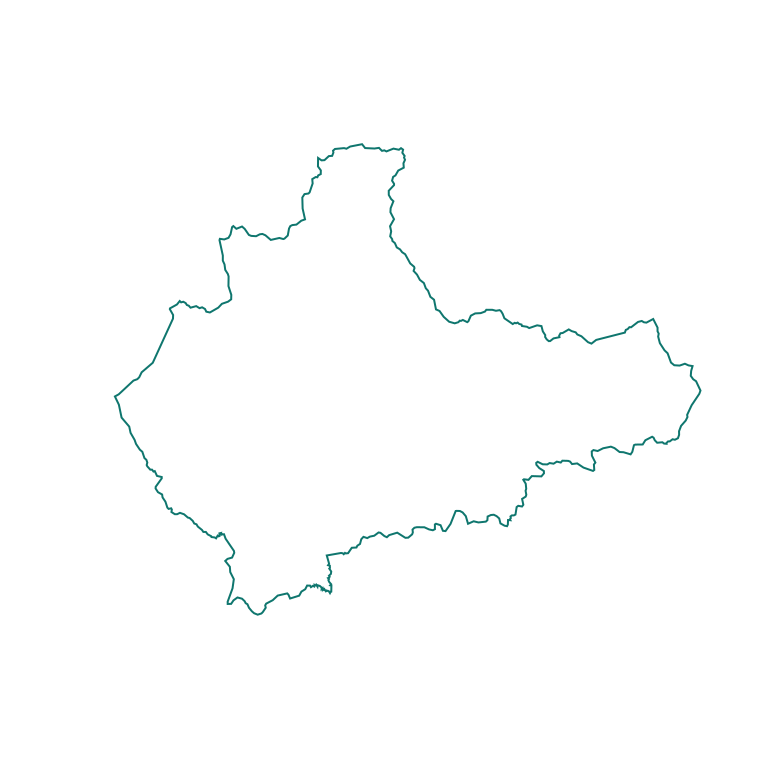 Phanom, Surat Thani, Thailand (Robinson projection), rotated 143°
{"feature_id": "78962969B14493078239270", "entity_name": "Phanom", "entity_type": "district", "adm_level": 2, "iso_a3": "THA", "parent_name": "Thailand", "parent_adm1": "Surat Thani", "projection": "robinson", "projection_center": [98.753, 8.805], "detail": "fine", "context": "isolated", "style": "outline", "palette": "teal", "viewbox_px": 768, "rotation_deg": 143, "n_neighbors": 0, "source": "geoboundaries", "source_scale": "gbopen_adm2", "svg_char_len": 6166}
<svg xmlns="http://www.w3.org/2000/svg" viewBox="0 0 768 768"><g transform="rotate(143 384 384)"><path d="M194.3,166.2L193.9,166.9L191.7,167.2L190.3,166.2L186.8,166.2L185.2,164.4L181.9,163.8L178.9,165.8L176.8,168.7L171.9,171.8L165.1,173.2L161.5,175.0L160.5,176.9L151.1,181.9L138.1,186.4L135.2,188.3L133.1,198.4L134.2,201.7L134.1,205.9L130.8,209.6L126.8,212.6L129.6,215.6L131.5,219.1L136.8,220.8L140.9,224.3L141.9,228.4L139.0,237.9L139.7,242.0L139.1,250.6L136.5,256.9L134.3,258.9L133.8,261.5L131.6,264.4L129.9,273.9L137.5,275.1L139.3,276.9L140.2,279.2L143.8,280.7L152.5,280.6L153.8,281.7L156.4,281.2L158.3,281.7L160.7,280.1L188.0,291.5L194.0,291.4L195.9,294.6L197.6,303.3L199.8,307.2L199.8,309.9L202.3,313.3L203.6,316.4L210.6,317.2L212.5,318.3L215.0,317.2L215.7,315.8L221.2,318.4L225.5,318.3L226.6,319.1L227.2,321.7L227.0,324.6L225.8,326.0L225.5,330.4L223.4,335.5L226.4,338.7L234.4,341.3L235.4,343.7L238.9,347.3L238.4,348.7L239.9,350.6L240.3,352.6L242.0,353.0L242.8,354.2L245.1,354.4L248.3,364.0L247.0,368.7L246.7,371.7L247.2,373.4L250.5,375.1L252.8,378.0L257.6,381.7L259.8,381.1L264.1,382.4L268.7,385.5L273.5,386.3L278.9,383.3L280.3,383.3L282.5,387.7L284.6,388.1L285.4,389.0L287.4,388.6L291.0,389.9L294.5,394.5L295.9,401.7L295.7,408.9L297.6,412.3L293.3,421.2L294.5,425.7L292.7,432.0L293.0,435.3L291.4,440.6L292.7,445.6L291.8,451.5L292.3,456.5L289.9,458.2L289.4,459.5L290.5,464.5L289.0,474.9L290.2,478.3L290.2,481.9L291.6,485.4L290.5,490.0L291.2,493.2L290.3,494.8L290.2,498.2L286.4,501.6L284.2,506.4L276.8,509.6L275.5,517.3L272.9,520.4L266.5,524.3L267.0,527.5L266.4,532.1L263.9,535.5L256.3,536.8L255.5,537.8L255.2,541.5L252.1,543.9L249.3,543.7L244.2,545.9L238.0,544.9L235.6,548.6L232.3,550.4L231.7,552.8L230.3,553.7L230.2,557.6L227.7,559.7L228.5,562.1L231.1,562.1L234.8,566.3L242.1,568.3L243.1,570.4L245.3,571.4L245.9,575.6L249.9,577.8L257.1,583.8L257.2,588.7L268.1,594.0L272.4,594.5L273.9,596.4L281.7,601.2L284.3,601.0L285.1,599.3L288.1,597.4L290.9,599.2L296.8,598.6L299.3,600.2L300.6,604.2L305.8,597.5L305.9,592.6L308.2,589.7L311.0,590.2L312.8,589.2L314.0,590.4L318.0,590.8L320.3,587.1L328.1,581.8L329.7,581.6L333.2,583.5L337.0,582.1L343.4,573.1L348.0,563.0L351.8,564.2L358.0,564.0L361.6,566.1L363.8,566.5L366.3,565.3L371.5,560.5L376.0,560.0L377.2,560.4L379.7,563.6L387.7,567.2L389.2,574.1L390.8,577.0L393.1,578.3L397.2,579.0L400.9,582.2L402.2,584.4L401.9,591.7L402.6,595.2L408.5,596.8L409.3,600.8L410.9,600.7L416.5,595.9L420.2,594.3L424.6,595.6L427.7,598.7L428.8,597.9L435.4,583.6L438.5,579.5L439.4,575.5L442.1,570.7L442.5,565.8L443.4,563.4L449.3,555.8L452.3,547.1L455.1,543.6L459.0,543.6L465.2,545.6L470.4,544.7L480.0,545.9L482.4,548.7L481.8,551.6L483.1,554.7L485.7,555.6L487.1,559.2L492.6,561.4L492.8,564.0L493.9,565.8L493.7,568.0L494.8,570.5L496.9,571.3L497.2,573.2L501.5,572.1L509.4,573.2L510.0,572.7L510.9,566.0L513.2,563.2L555.9,540.1L570.5,539.2L575.4,536.7L578.1,536.3L582.0,537.5L602.1,535.4L606.4,536.0L608.2,527.0L613.8,515.1L613.1,503.3L615.8,497.5L616.8,489.5L618.1,485.4L618.5,478.5L617.8,475.3L619.9,469.0L619.4,466.5L620.3,463.7L622.3,462.1L622.6,460.7L622.2,456.2L620.8,455.2L620.8,452.8L619.5,452.4L620.6,447.2L617.5,443.5L618.3,442.4L628.2,439.3L629.3,438.0L629.6,433.6L627.7,429.3L629.1,426.7L629.4,421.5L631.4,415.7L631.2,413.9L628.8,412.8L629.0,411.4L630.8,409.7L629.4,405.9L627.5,404.5L624.5,403.9L622.1,400.3L621.0,395.3L619.9,394.0L619.1,389.8L619.5,386.8L618.2,384.8L618.5,382.2L617.2,377.0L617.3,374.6L615.3,373.1L615.3,370.0L613.6,366.4L613.9,365.6L611.6,363.4L611.0,361.8L608.1,363.0L607.7,361.8L606.7,361.6L605.3,363.8L604.2,363.3L605.2,362.8L604.5,361.6L603.7,362.2L603.5,361.1L602.2,360.3L603.6,355.8L604.3,341.0L605.2,339.3L609.8,336.8L614.2,338.5L617.3,338.2L617.1,330.8L620.0,326.3L621.4,318.5L627.9,312.0L639.9,304.2L641.2,302.4L638.4,300.4L634.4,301.8L629.5,301.7L626.6,298.0L626.0,294.4L626.4,292.2L625.6,290.3L626.5,286.5L626.3,282.0L625.7,279.1L623.7,275.8L620.0,274.5L618.0,274.8L613.1,276.5L612.1,278.7L610.3,279.5L603.0,278.3L596.2,279.0L587.3,275.0L587.1,273.2L588.1,269.2L579.1,266.0L574.9,267.9L570.4,267.5L566.7,269.3L564.4,267.5L564.6,265.7L562.3,265.6L561.6,264.3L560.6,265.3L560.4,263.6L560.3,264.3L558.9,264.6L559.1,262.2L558.1,263.2L556.8,261.4L556.3,258.9L557.2,257.8L556.0,257.9L556.6,256.9L555.8,257.2L556.0,256.1L555.1,256.1L555.5,255.0L554.6,254.3L555.1,253.4L553.4,252.8L552.8,251.6L553.0,249.5L552.2,249.9L552.0,249.0L552.0,250.5L551.0,250.0L547.3,254.7L548.1,255.6L546.7,256.0L546.9,259.0L546.4,260.9L545.4,261.3L545.5,262.7L544.1,262.4L543.3,262.9L543.3,264.0L540.7,264.3L539.0,266.0L538.8,269.5L537.9,269.6L536.6,271.5L537.7,272.9L536.0,273.5L532.9,281.5L520.0,274.9L518.8,273.6L518.6,272.3L516.8,272.6L516.5,271.7L514.5,270.5L508.3,272.6L504.4,270.0L502.6,270.9L499.4,270.7L495.6,273.7L492.4,274.3L490.1,271.0L487.1,270.6L483.1,268.7L477.7,268.7L476.4,267.3L475.2,262.3L473.9,259.9L470.8,260.2L462.9,257.3L459.5,248.3L457.1,246.7L452.0,247.0L450.3,248.1L448.8,250.6L446.2,250.9L444.0,249.9L438.0,245.3L435.5,240.7L433.0,237.8L430.7,237.4L427.9,241.2L426.6,241.1L423.8,237.2L425.3,231.3L423.4,229.5L415.1,232.2L403.2,239.4L402.4,239.0L399.8,236.9L398.5,234.1L398.2,229.2L401.0,221.8L395.0,220.4L391.9,216.6L385.5,212.8L383.4,213.0L381.0,215.8L377.4,215.0L375.0,213.5L373.6,210.7L372.9,207.3L374.9,202.6L373.0,198.3L371.3,196.4L369.7,197.2L366.8,200.7L365.1,199.2L365.0,200.2L363.4,200.6L362.7,202.1L361.0,202.1L359.4,200.9L357.6,200.6L352.1,205.9L350.1,205.9L347.5,203.1L345.4,203.7L342.9,209.1L338.6,208.8L337.0,209.9L335.2,213.5L333.5,214.7L330.8,219.1L330.4,223.7L329.6,223.7L326.3,220.5L321.4,221.5L313.9,215.5L310.0,216.4L308.7,218.3L310.6,223.4L310.9,227.8L309.9,229.4L308.1,229.4L305.6,224.4L302.0,221.5L299.3,221.2L296.5,218.3L292.7,218.0L290.1,214.9L287.7,215.4L283.2,211.8L282.1,210.1L282.0,206.9L277.5,204.3L275.0,197.2L269.4,188.8L267.8,188.8L264.8,193.4L262.5,194.0L261.1,201.6L258.7,205.1L256.5,205.2L253.7,201.9L247.7,200.8L240.5,197.4L238.5,194.1L236.8,187.9L233.8,185.4L229.4,179.4L226.5,180.4L221.2,184.7L219.8,184.4L213.8,180.0L209.1,181.8L201.6,180.5L201.0,178.9L201.6,176.1L201.2,172.7L196.7,169.9L196.2,167.9L194.3,166.2Z" fill="none" stroke="#0f766e" stroke-width="2"/></g></svg>